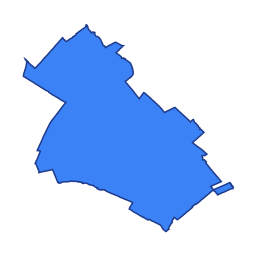 Mihalaseni, Botosani, Romania (Equal Earth projection), rotated 356°
{"feature_id": "2599482B30882633925542", "entity_name": "Mihalaseni", "entity_type": "district", "adm_level": 2, "iso_a3": "ROU", "parent_name": "Romania", "parent_adm1": "Botosani", "projection": "equal_earth", "projection_center": [27.092, 47.89], "detail": "fine", "context": "isolated", "style": "filled", "palette": "blue", "viewbox_px": 256, "rotation_deg": 356, "n_neighbors": 0, "source": "geoboundaries", "source_scale": "gbopen_adm2", "svg_char_len": 5599}
<svg xmlns="http://www.w3.org/2000/svg" viewBox="0 0 256 256"><g transform="rotate(356 128 128)"><path d="M228.4,195.8L228.6,195.3L228.8,195.0L228.7,194.7L228.8,194.4L228.8,194.2L228.6,193.9L228.6,193.7L228.1,193.5L228.1,193.3L227.7,193.4L227.5,193.2L227.4,192.9L227.2,192.7L227.5,192.3L226.9,191.7L227.1,191.6L227.2,191.3L227.2,191.2L226.5,190.9L226.6,190.7L226.3,190.3L226.2,189.9L225.7,189.5L221.7,191.1L209.0,195.6L208.3,194.7L207.6,193.4L207.2,193.0L206.3,192.4L207.1,191.7L217.4,188.0L208.3,175.7L203.9,169.3L203.0,168.1L203.8,167.3L202.0,165.1L201.7,165.0L200.9,165.4L200.4,164.8L200.3,164.4L200.5,163.1L200.5,162.7L199.9,161.8L199.8,161.6L199.8,161.2L200.2,160.8L201.2,160.6L201.7,160.6L202.5,161.0L203.7,160.3L204.9,159.5L204.6,159.2L200.9,155.5L198.3,153.1L196.8,152.0L193.5,149.1L191.3,147.1L203.5,137.7L202.3,136.3L201.6,135.4L200.7,134.5L200.3,134.4L199.5,134.5L199.4,134.1L199.7,133.7L199.9,133.5L199.9,133.3L198.3,131.7L198.2,131.3L198.3,131.1L198.1,130.7L196.4,128.5L195.7,127.7L194.5,126.6L194.3,125.3L194.1,124.8L194.1,124.6L193.9,124.1L193.6,124.1L193.3,124.2L190.8,126.2L176.2,110.7L167.2,114.3L165.6,115.1L163.9,112.9L163.0,111.5L162.0,110.2L160.5,108.4L156.4,103.9L153.9,101.4L152.5,99.7L151.1,98.4L146.9,94.1L146.1,93.8L141.3,99.5L140.3,98.3L137.6,94.4L136.1,91.9L128.7,81.8L128.5,81.4L128.6,81.1L130.0,80.5L131.2,79.6L132.5,78.5L133.3,78.2L133.9,77.8L135.0,77.0L136.1,75.6L136.8,74.9L136.9,74.4L136.9,73.4L137.2,72.4L136.8,71.7L136.8,71.4L136.8,71.1L137.0,70.5L137.0,70.2L136.5,69.3L136.6,68.9L136.6,68.7L136.6,68.3L136.3,68.0L136.2,66.5L135.9,66.1L135.5,65.5L135.5,64.7L134.8,63.3L134.2,62.6L133.2,61.9L131.2,60.2L130.6,59.9L129.2,59.0L129.8,58.5L129.2,58.2L128.3,57.9L126.5,58.0L126.6,57.6L126.2,56.4L126.0,56.2L121.4,52.1L123.9,50.0L124.5,49.6L124.8,49.2L124.9,48.8L125.8,48.4L129.0,45.6L128.4,45.6L127.6,45.3L124.1,43.1L121.7,41.6L119.9,42.1L118.3,42.9L115.8,44.0L115.0,44.2L114.5,44.5L113.7,44.9L112.6,45.5L111.2,46.3L110.5,45.1L110.7,44.8L109.9,44.4L109.3,44.0L108.9,43.6L108.7,43.2L108.6,42.3L107.8,40.7L107.6,40.0L107.1,38.5L106.9,38.0L106.2,37.1L105.9,36.3L105.3,35.7L104.4,34.9L103.6,34.5L102.8,34.4L102.6,34.3L102.1,33.7L101.4,32.1L100.9,31.3L101.6,30.8L101.7,30.6L101.6,30.4L100.7,30.0L99.6,30.0L99.1,29.8L98.8,30.3L98.2,30.6L96.8,28.3L96.3,27.9L95.8,27.2L95.4,26.2L95.3,25.9L95.1,25.8L95.0,25.4L94.9,25.1L95.0,24.3L94.6,23.6L94.5,23.1L94.0,22.4L93.9,22.2L93.6,22.1L93.1,22.7L93.0,23.1L93.0,23.4L93.4,23.7L93.4,23.9L88.1,27.0L82.7,30.5L82.8,31.4L80.4,32.8L79.4,33.2L79.1,33.5L79.3,33.6L78.6,34.2L78.2,34.5L77.7,34.6L76.5,35.1L75.8,35.5L72.7,37.3L72.3,37.3L71.7,36.9L71.1,36.0L70.7,35.4L69.6,34.7L69.5,33.9L69.4,33.7L69.0,33.3L67.3,35.0L66.3,35.9L62.7,39.6L61.9,40.2L59.2,43.1L58.9,43.4L56.3,45.8L52.0,50.1L50.5,51.4L47.3,54.5L45.9,56.1L42.4,59.2L39.3,62.1L38.9,61.9L38.4,60.9L37.6,60.0L35.6,58.3L34.8,57.5L33.3,55.8L33.0,54.9L31.5,53.4L31.0,52.7L30.2,52.0L30.4,52.6L31.2,54.0L32.0,54.5L32.3,55.0L32.2,55.4L31.9,55.6L31.4,55.8L31.3,56.4L31.2,57.0L30.8,58.4L30.2,60.6L29.2,63.1L28.9,64.0L27.9,66.4L27.2,69.1L33.2,73.4L37.9,76.7L37.9,76.8L38.7,77.4L45.3,82.2L46.9,83.3L47.5,83.9L49.7,85.3L51.0,85.9L51.3,86.2L51.7,87.1L52.5,87.6L53.5,88.4L53.8,88.6L54.4,89.2L56.7,90.7L59.8,92.8L63.1,95.3L64.8,96.5L67.7,98.1L66.3,99.7L64.8,101.3L59.7,107.2L56.8,110.4L55.6,111.9L53.2,114.4L50.8,117.3L49.5,119.6L46.9,123.9L45.4,126.6L44.9,127.4L44.0,129.0L43.0,130.7L40.1,136.4L38.5,139.1L37.8,140.6L36.6,142.6L35.9,144.2L38.9,144.8L39.0,145.0L38.3,146.4L37.3,148.3L36.0,151.2L35.1,153.0L34.0,154.7L33.4,155.8L32.9,157.0L33.5,157.2L34.0,158.4L34.9,161.3L36.4,165.7L35.9,166.2L35.9,166.3L36.6,166.1L49.9,164.3L54.2,177.4L55.1,177.4L55.1,178.0L55.3,178.2L56.1,178.3L57.0,178.1L58.1,177.7L58.4,177.3L65.4,177.4L67.0,177.0L69.8,177.4L72.0,177.6L74.8,178.1L75.4,178.2L75.2,178.4L76.3,178.5L76.7,178.7L78.7,179.1L78.8,179.7L78.6,180.0L79.2,180.2L80.6,180.1L81.1,179.9L82.9,180.2L83.9,180.7L84.2,181.1L85.2,181.6L85.5,182.0L86.0,182.1L87.0,182.2L88.0,182.6L89.6,183.0L90.0,183.6L90.4,184.0L90.8,184.2L92.3,185.2L93.5,185.7L93.0,186.3L93.7,186.6L94.6,187.5L94.9,187.6L95.6,187.5L96.7,188.0L97.7,187.9L97.9,187.5L99.0,188.0L99.5,187.9L100.0,187.9L100.3,188.1L100.4,188.4L101.3,188.8L102.0,189.2L101.9,189.5L107.0,192.2L113.0,195.1L114.5,195.9L114.6,196.2L116.6,197.1L117.5,197.6L118.1,197.8L118.7,198.2L119.8,198.8L121.2,199.4L121.8,199.6L123.2,200.4L124.8,201.1L127.3,202.6L127.2,202.7L127.4,202.8L127.0,203.4L124.0,207.8L123.6,209.0L123.9,209.1L124.8,209.8L126.1,210.6L126.8,211.3L127.8,212.1L128.3,212.4L129.3,213.0L136.8,218.2L137.0,218.0L138.2,218.8L138.8,219.4L139.3,219.8L141.2,220.7L141.4,221.1L141.8,221.2L142.1,221.2L143.0,220.7L143.4,220.8L145.1,222.3L147.0,223.1L148.9,224.5L149.9,224.6L150.3,224.8L150.8,225.4L151.2,225.8L152.5,226.3L153.7,227.4L154.2,227.9L155.4,230.3L155.6,231.0L156.9,232.4L158.6,233.9L160.2,232.9L161.0,232.1L161.6,232.0L161.4,231.7L161.4,231.4L162.3,229.1L162.8,228.3L163.3,228.1L163.5,227.8L164.3,226.4L165.3,225.6L165.1,225.4L165.4,225.1L165.5,224.8L165.2,224.5L166.0,223.0L166.7,222.2L167.7,220.4L167.9,220.4L170.7,222.9L171.0,222.9L174.3,220.7L175.3,220.0L176.1,219.5L177.2,218.6L179.5,217.0L181.0,215.7L181.7,215.4L182.5,214.8L186.0,212.3L186.8,211.4L186.4,211.2L186.9,210.7L190.0,208.5L190.4,208.9L192.3,207.7L192.6,207.6L195.1,205.7L195.5,205.3L197.1,204.2L203.5,199.6L205.8,197.9L206.9,196.9L207.3,196.7L208.0,196.4L208.9,196.1L209.1,196.4L210.0,197.3L211.1,198.2L211.4,199.0L212.4,200.3L212.8,201.0L217.1,199.3L218.9,198.7L220.7,198.2L222.1,197.5L226.6,195.9L228.1,195.7L228.4,195.8Z" fill="#3b82f6" stroke="#1e3a8a" stroke-width="1.5"/></g></svg>